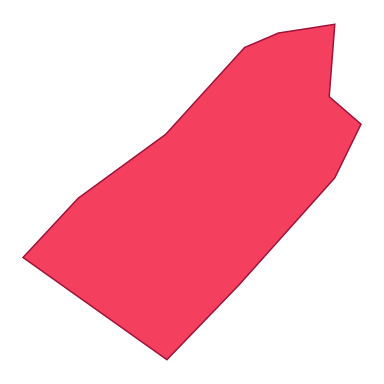 the Parish of Saint Andrew
{"feature_id": "VCT-5065", "entity_name": "Saint Andrew", "entity_type": "Parish", "adm_level": 1, "iso_a3": "VCT", "parent_name": "Saint Vincent and the Grenadines", "parent_adm1": "", "projection": "mercator", "projection_center": [-61.224, 13.201], "detail": "fine", "context": "isolated", "style": "filled", "palette": "rose", "viewbox_px": 384, "rotation_deg": 0, "n_neighbors": 0, "source": "natural_earth", "source_scale": "10m", "svg_char_len": 270}
<svg xmlns="http://www.w3.org/2000/svg" viewBox="0 0 384 384"><path d="M166.9,359.7L23.0,257.5L78.3,198.1L165.7,134.3L244.6,47.5L278.4,33.0L334.8,24.3L329.2,96.7L361.0,124.2L334.8,177.8L239.0,284.9L166.9,359.7Z" fill="#f43f5e" stroke="#9f1239" stroke-width="1.5"/></svg>